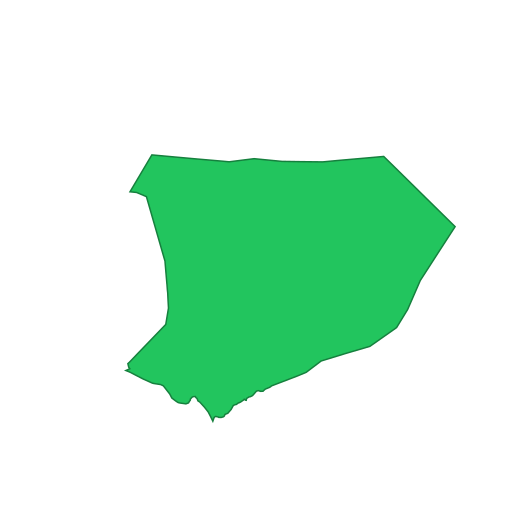 the district of Santa Catarina Mechoacán, Oaxaca, Mexico, rotated 231°
{"feature_id": "50627088B17186904651787", "entity_name": "Santa Catarina Mechoacán", "entity_type": "district", "adm_level": 2, "iso_a3": "MEX", "parent_name": "Mexico", "parent_adm1": "Oaxaca", "projection": "mercator", "projection_center": [-97.846, 16.342], "detail": "fine", "context": "isolated", "style": "filled", "palette": "green", "viewbox_px": 512, "rotation_deg": 231, "n_neighbors": 0, "source": "geoboundaries", "source_scale": "gbopen_adm2", "svg_char_len": 1482}
<svg xmlns="http://www.w3.org/2000/svg" viewBox="0 0 512 512"><g transform="rotate(231 256 256)"><path d="M385.2,198.5L380.5,203.2L371.1,208.2L309.2,182.0L307.8,181.0L290.7,169.4L290.2,169.1L285.6,165.9L282.8,164.1L277.1,159.9L270.6,155.2L259.6,142.8L254.7,103.2L253.1,90.7L253.0,88.7L249.7,87.1L247.8,87.0L248.9,82.8L245.3,84.8L231.4,90.9L222.5,95.4L221.4,96.2L216.1,101.0L213.4,102.3L202.9,102.1L198.6,101.2L194.9,102.1L193.0,102.6L191.0,103.3L189.6,104.4L185.2,108.5L184.3,111.1L184.9,112.6L185.3,114.2L186.1,114.9L186.5,117.6L186.3,118.5L185.0,120.4L183.7,120.2L182.4,120.5L179.9,119.7L177.9,120.4L171.0,120.8L164.9,120.7L160.0,119.7L154.8,118.5L156.8,121.7L156.9,123.0L156.7,123.7L154.7,125.3L154.0,125.5L152.4,127.4L151.5,129.6L151.6,130.8L152.1,131.6L152.4,132.3L151.5,135.1L152.4,140.1L154.1,144.3L153.7,146.0L153.0,147.3L152.9,150.1L152.6,150.4L152.2,152.1L151.9,155.8L152.1,156.7L150.4,157.2L150.0,157.6L150.5,158.2L151.2,158.9L150.9,161.8L150.2,163.1L149.7,165.4L150.0,167.4L150.7,171.3L149.9,173.1L148.4,174.1L148.2,174.1L146.5,176.3L146.6,177.3L146.7,179.5L145.4,183.8L145.2,185.1L145.3,186.3L136.7,212.7L134.0,221.9L133.4,240.6L124.3,263.2L114.1,287.7L111.9,320.2L119.0,340.2L133.6,368.3L145.5,404.6L153.5,429.2L253.0,417.9L262.4,403.9L275.3,384.8L278.8,379.6L287.2,367.0L301.1,350.2L313.2,335.7L325.5,323.2L332.8,315.8L338.1,307.3L346.1,294.4L350.6,289.8L369.1,270.6L382.4,256.9L400.1,238.7L385.2,198.5Z" fill="#22c55e" stroke="#15803d" stroke-width="1.5"/></g></svg>